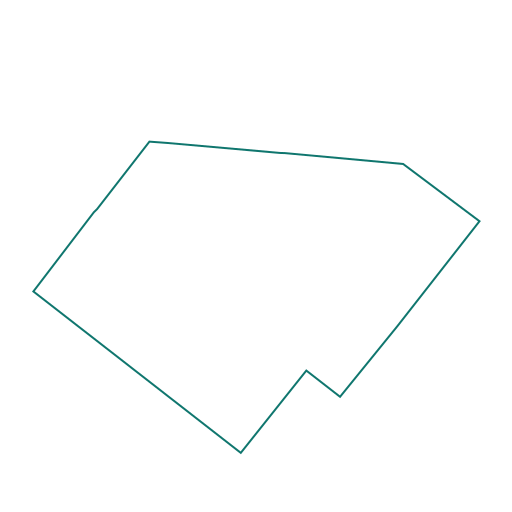 the district of Decatur, Indiana, United States of America, rotated 218°
{"feature_id": "52423323B40737973056540", "entity_name": "Decatur", "entity_type": "district", "adm_level": 2, "iso_a3": "USA", "parent_name": "United States of America", "parent_adm1": "Indiana", "projection": "mercator", "projection_center": [-85.465, 39.292], "detail": "fine", "context": "isolated", "style": "outline", "palette": "teal", "viewbox_px": 512, "rotation_deg": 218, "n_neighbors": 0, "source": "geoboundaries", "source_scale": "gbopen_adm2", "svg_char_len": 343}
<svg xmlns="http://www.w3.org/2000/svg" viewBox="0 0 512 512"><g transform="rotate(218 256 256)"><path d="M410.4,280.5L410.1,195.0L410.7,190.7L409.6,91.0L317.6,91.2L146.8,91.5L145.8,196.7L103.1,196.8L101.4,287.6L101.3,421.0L196.7,419.1L296.7,354.8L300.5,352.0L395.6,290.4L410.4,280.5Z" fill="none" stroke="#0f766e" stroke-width="2"/></g></svg>